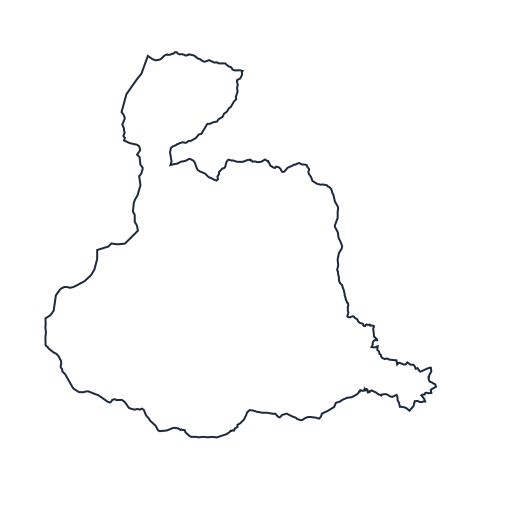 outline of Bulzestii De Sus, Hunedoara, Romania, rotated 279°
{"feature_id": "2599482B39197296010274", "entity_name": "Bulzestii De Sus", "entity_type": "district", "adm_level": 2, "iso_a3": "ROU", "parent_name": "Romania", "parent_adm1": "Hunedoara", "projection": "mercator", "projection_center": [22.798, 46.285], "detail": "fine", "context": "isolated", "style": "outline", "palette": "slate", "viewbox_px": 512, "rotation_deg": 279, "n_neighbors": 0, "source": "geoboundaries", "source_scale": "gbopen_adm2", "svg_char_len": 6070}
<svg xmlns="http://www.w3.org/2000/svg" viewBox="0 0 512 512"><g transform="rotate(279 256 256)"><path d="M127.2,431.8L132.5,435.1L137.4,435.5L138.1,438.3L137.5,440.3L137.5,442.0L138.5,444.2L138.7,445.8L141.3,444.4L144.2,441.1L145.1,442.2L145.6,444.3L146.3,444.2L147.2,444.7L147.7,446.1L147.4,447.7L148.1,450.6L151.3,449.6L155.1,454.2L157.0,453.3L157.7,452.3L157.8,451.0L158.7,449.4L159.0,447.3L160.7,446.1L163.2,445.3L163.4,445.8L165.8,445.8L169.4,447.2L173.0,446.2L173.0,445.5L171.6,442.8L167.4,436.4L168.1,435.2L170.5,433.0L169.6,431.3L171.8,430.1L173.2,428.6L172.8,425.7L174.6,422.1L172.4,420.8L171.9,418.9L172.5,416.8L172.9,414.1L172.5,412.7L171.6,412.9L170.9,412.4L174.9,411.0L174.5,403.9L175.0,402.6L175.2,400.9L174.3,399.5L175.1,396.5L176.4,395.3L178.1,394.6L178.6,393.3L180.8,392.5L182.4,390.4L185.9,390.3L184.3,387.7L184.1,384.4L186.8,385.1L188.3,384.8L190.4,385.4L191.8,387.1L191.8,388.7L192.8,388.3L194.8,385.3L202.6,383.1L204.6,383.6L205.2,383.4L205.5,381.8L205.1,379.8L206.0,379.3L205.5,377.6L205.6,375.8L203.9,374.7L203.7,373.7L204.3,372.8L205.3,372.7L205.8,371.9L206.2,368.9L207.6,366.9L209.4,365.9L210.1,363.6L211.6,361.9L211.7,361.3L209.9,357.7L210.2,356.3L210.7,355.6L214.5,356.1L216.2,355.3L220.4,354.6L221.2,355.0L223.8,354.2L224.2,353.2L225.2,352.9L227.2,351.3L228.2,351.3L230.8,349.7L231.8,349.7L235.6,348.2L240.8,345.4L242.3,343.4L244.5,341.9L248.2,341.1L251.5,339.7L253.1,339.6L254.8,338.3L259.6,338.7L265.1,337.2L271.5,337.4L276.8,339.5L279.0,339.6L282.7,337.6L287.1,334.6L292.0,333.2L297.3,329.3L298.3,329.1L306.4,330.7L312.8,329.7L316.1,329.7L317.7,329.0L322.2,325.4L328.2,323.0L330.4,321.5L334.1,319.7L335.7,317.4L336.0,315.9L337.0,314.7L337.1,310.7L336.5,308.6L336.9,304.9L339.0,300.0L342.7,297.9L345.3,295.4L347.3,294.6L350.1,294.9L352.2,292.6L353.8,291.7L353.9,289.8L353.6,287.0L354.6,284.0L353.4,281.8L352.4,280.8L352.3,279.5L351.8,278.8L350.6,277.4L348.1,273.4L343.8,270.8L343.2,269.6L343.3,268.8L343.7,268.2L345.7,266.7L347.2,264.8L347.4,261.9L346.0,261.1L346.0,259.7L347.3,256.4L348.1,255.5L350.0,254.6L350.6,253.4L351.7,253.2L351.9,251.4L352.7,249.8L349.9,246.4L349.0,243.3L349.2,239.7L348.6,237.8L349.4,237.0L349.5,235.9L350.2,235.7L350.3,235.2L349.8,234.9L350.0,234.5L349.5,232.6L347.2,228.8L346.6,226.4L346.1,222.6L346.8,218.3L346.4,217.0L346.9,214.1L346.4,213.2L344.0,212.1L339.0,211.6L337.9,210.8L337.1,209.1L333.1,206.3L331.2,206.7L328.5,205.5L326.0,206.4L324.4,205.3L324.8,202.7L325.9,199.7L326.2,197.8L326.8,196.4L329.4,192.9L330.8,187.2L331.7,185.2L333.2,183.9L338.9,180.8L340.5,179.0L341.5,175.7L341.4,174.7L338.8,171.3L337.4,167.1L334.9,163.8L334.0,160.8L332.4,157.3L336.2,157.8L344.8,154.9L349.4,155.0L351.5,157.0L352.8,159.4L354.1,160.6L354.8,162.2L355.4,162.6L356.9,165.9L356.7,167.3L356.9,169.2L359.1,171.6L359.6,173.8L363.1,178.1L367.0,180.4L368.1,182.9L378.6,187.1L379.0,187.7L379.3,189.7L381.4,192.9L382.7,196.5L385.1,197.5L388.3,201.3L391.5,202.1L393.9,204.6L397.8,206.3L399.3,207.8L405.1,210.0L407.9,212.0L409.9,211.2L415.5,212.1L418.9,211.0L422.3,211.2L425.1,210.0L426.5,209.9L427.0,210.0L428.6,212.4L429.4,212.8L432.8,213.9L435.2,213.3L436.7,213.8L436.9,210.8L436.0,206.4L436.3,204.1L436.5,203.6L438.5,202.1L438.9,199.8L440.2,197.1L441.4,195.6L440.4,189.0L441.2,186.9L440.5,184.6L442.1,179.0L439.9,175.2L439.8,174.4L440.6,171.7L441.7,170.0L441.9,167.8L442.9,166.3L443.0,165.5L444.0,164.2L444.4,162.7L444.7,158.4L444.0,157.6L444.0,156.9L443.3,156.3L443.0,154.9L443.7,153.1L443.5,152.4L443.8,151.3L443.2,148.9L443.8,147.0L444.8,145.9L444.8,145.2L444.5,143.9L443.0,142.9L442.2,140.8L441.4,139.8L440.9,137.5L441.2,136.9L439.9,134.5L435.5,131.0L434.9,130.1L433.6,126.5L434.2,123.0L436.7,117.9L418.1,114.3L411.9,110.7L395.5,102.7L377.1,100.7L374.4,103.4L372.3,104.6L370.8,104.8L364.9,103.4L361.4,105.6L359.0,106.1L357.1,107.0L353.9,106.2L352.1,108.0L349.5,107.6L347.7,113.7L347.3,120.9L346.2,123.4L342.5,125.1L337.5,122.7L335.4,125.6L328.2,127.5L325.5,130.2L323.9,130.4L319.4,129.8L316.5,128.1L307.9,130.8L297.4,129.5L292.8,127.7L289.3,127.0L280.6,127.5L277.8,129.7L270.5,131.0L268.6,132.8L267.0,133.8L262.5,135.4L247.7,124.6L245.9,117.5L245.7,111.1L242.3,108.8L237.1,98.2L228.3,99.6L217.4,98.5L211.3,96.1L204.3,90.6L198.4,82.8L196.6,80.1L195.5,77.3L195.8,74.5L195.4,71.6L193.7,69.0L192.1,67.6L185.8,64.5L170.4,64.7L165.6,62.4L161.4,57.8L154.8,59.1L153.6,58.9L147.4,60.5L142.9,60.7L135.0,62.1L134.1,63.1L133.8,64.1L132.3,65.6L129.2,70.9L128.1,74.2L126.1,76.7L122.4,79.5L119.7,80.4L116.4,80.3L115.2,80.8L113.7,82.3L111.8,82.7L109.5,85.9L97.0,95.9L96.2,97.0L93.9,102.4L94.4,106.8L95.6,109.2L96.1,111.4L93.7,122.4L88.9,132.2L88.4,134.5L89.4,135.7L91.4,136.6L92.3,138.3L92.4,139.6L91.8,140.6L92.8,145.3L92.7,146.4L92.2,147.7L90.5,150.0L86.2,154.1L85.5,156.9L85.3,160.3L86.4,162.8L86.1,165.2L87.4,167.2L86.4,169.3L81.4,172.3L78.9,175.4L76.9,177.0L72.7,183.3L68.5,186.6L67.9,188.2L69.7,195.2L73.1,200.8L73.5,202.3L73.6,206.0L72.4,208.5L73.1,209.5L72.7,210.3L72.9,212.7L70.8,214.0L67.8,218.5L67.2,220.3L68.0,225.3L67.9,227.5L69.1,231.9L69.4,236.7L70.5,241.0L70.7,245.6L75.5,254.9L78.4,257.8L79.5,258.3L79.3,259.2L80.2,260.2L80.1,261.5L82.5,262.2L84.3,264.5L86.3,264.1L88.1,266.4L92.2,269.5L97.3,271.2L100.0,271.6L102.8,273.8L102.9,277.6L102.3,281.2L102.2,286.8L102.9,291.5L102.8,297.6L103.3,299.7L100.5,303.2L100.3,304.7L103.2,306.8L105.1,311.0L103.3,316.6L102.5,320.6L101.5,322.0L100.8,325.9L101.4,327.5L103.7,330.0L105.0,332.4L105.5,334.6L105.7,340.7L105.2,343.6L107.3,345.2L110.7,345.8L114.3,351.2L119.2,356.9L123.4,357.8L125.5,361.9L127.6,364.0L130.2,368.2L131.5,372.6L135.0,377.2L137.3,378.9L138.0,379.0L138.4,379.8L139.3,379.5L139.9,380.3L139.5,381.9L139.6,382.9L140.0,383.6L141.4,384.0L140.2,384.5L140.4,385.2L141.8,385.5L141.9,386.1L141.6,386.8L138.8,387.7L139.2,389.2L139.9,388.8L141.3,391.2L140.9,391.8L141.0,392.5L140.0,395.8L138.7,398.2L138.3,399.5L138.3,400.7L137.7,401.5L138.9,402.1L139.7,404.5L139.8,406.2L139.6,407.6L138.4,410.2L138.1,412.5L140.8,416.6L138.6,417.9L135.9,418.3L133.5,420.1L129.5,421.8L129.8,422.7L129.7,426.8L129.0,428.8L127.2,431.8Z" fill="none" stroke="#1e293b" stroke-width="2"/></g></svg>